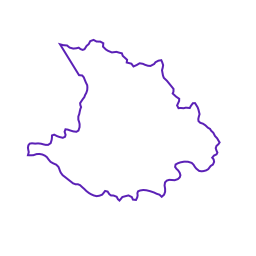 Umburatiba, Minas Gerais, Brazil (Natural Earth projection), rotated 290°
{"feature_id": "56859067B62099334151319", "entity_name": "Umburatiba", "entity_type": "district", "adm_level": 2, "iso_a3": "BRA", "parent_name": "Brazil", "parent_adm1": "Minas Gerais", "projection": "natural_earth1", "projection_center": [-40.673, -17.273], "detail": "fine", "context": "isolated", "style": "outline", "palette": "violet", "viewbox_px": 256, "rotation_deg": 290, "n_neighbors": 0, "source": "geoboundaries", "source_scale": "gbopen_adm2", "svg_char_len": 2804}
<svg xmlns="http://www.w3.org/2000/svg" viewBox="0 0 256 256"><g transform="rotate(290 128 128)"><path d="M183.4,35.5L160.9,63.9L161.7,67.0L160.5,69.1L158.7,70.7L156.4,72.8L154.3,75.0L152.4,75.9L149.7,76.7L146.7,76.8L144.3,76.4L142.0,76.4L139.9,75.7L137.5,75.1L135.0,74.5L133.2,75.4L131.6,76.8L129.7,76.7L127.1,77.0L124.6,77.4L121.8,77.4L118.8,78.5L117.1,79.9L115.1,81.2L112.2,82.2L108.6,82.3L106.8,80.8L106.1,77.7L105.9,74.3L105.9,72.0L105.4,69.7L102.8,69.7L100.2,71.7L98.2,71.8L96.5,70.1L96.1,66.6L96.1,64.0L96.5,60.9L95.0,59.1L93.0,59.8L90.9,60.3L87.3,60.5L84.8,58.7L84.0,56.5L83.7,54.2L83.5,51.7L82.8,48.8L81.6,46.2L80.8,43.0L79.7,41.0L77.7,40.3L75.3,40.7L73.1,41.9L71.4,43.0L68.2,43.3L69.1,46.0L70.1,48.4L72.2,51.0L73.3,53.6L73.8,56.5L73.6,59.3L72.9,61.7L71.2,64.2L69.7,66.8L69.2,69.8L69.0,73.1L67.7,75.9L66.2,77.3L64.7,78.5L63.1,80.0L61.3,82.7L60.1,86.5L59.0,89.8L58.1,92.6L57.2,95.3L57.2,98.1L58.0,100.2L57.9,102.5L56.8,105.1L55.8,107.7L54.5,110.5L53.5,113.7L53.1,116.0L52.9,118.9L53.2,121.8L54.6,124.3L56.5,126.5L58.7,127.3L61.0,128.0L61.3,130.6L59.4,133.1L58.8,135.1L59.6,137.5L59.5,140.9L57.7,142.8L56.9,144.8L59.4,145.7L61.2,146.3L62.9,148.7L64.8,151.5L64.4,155.2L62.4,157.1L63.1,160.1L66.0,160.4L68.0,160.1L70.0,159.1L71.9,159.1L73.4,160.7L75.0,163.6L75.8,166.7L76.2,170.5L76.3,174.6L76.0,177.3L76.1,180.4L74.9,183.2L77.7,184.7L80.7,184.7L83.5,183.7L86.5,182.0L89.6,181.4L91.9,182.5L93.4,184.5L94.1,186.9L94.9,189.7L97.0,192.3L99.3,193.5L101.6,193.4L103.7,191.8L105.3,189.6L106.2,187.5L107.5,185.6L110.0,185.2L112.1,187.1L113.7,189.1L115.6,192.3L116.8,195.9L117.0,199.8L115.9,202.2L114.5,203.9L113.2,206.0L112.0,209.5L112.5,212.0L113.4,213.8L114.9,215.9L116.8,217.5L118.8,218.1L120.7,218.7L122.7,220.3L125.6,220.5L127.8,219.2L128.9,217.3L131.5,218.2L133.5,220.2L135.5,220.4L137.1,218.8L139.1,217.3L141.5,217.3L143.7,218.5L145.8,219.0L147.1,217.3L148.8,215.3L150.2,212.5L152.7,209.8L153.9,207.0L155.2,205.4L155.6,203.0L157.0,199.8L157.7,196.9L157.6,194.1L158.6,191.9L160.4,191.0L162.5,190.7L165.5,190.5L169.4,187.9L171.2,186.4L174.3,182.5L173.5,180.5L170.2,179.5L167.9,179.2L166.9,175.4L165.6,173.5L164.8,170.5L163.9,168.7L166.0,166.4L170.9,166.8L173.0,166.1L173.9,162.5L175.7,158.2L177.6,158.3L180.3,157.4L185.7,148.4L187.4,144.5L189.3,142.9L193.9,140.2L196.4,140.0L199.1,139.5L201.4,137.7L203.1,136.1L201.7,133.6L199.2,131.3L197.1,130.7L194.0,127.9L193.3,125.4L193.2,122.3L193.4,120.0L192.8,116.8L190.1,114.6L187.7,112.1L189.6,109.2L189.1,104.4L191.8,103.8L194.0,98.4L196.1,96.7L195.8,94.3L195.6,91.1L193.5,87.0L193.7,82.7L194.2,80.4L195.9,76.7L199.2,75.8L199.7,72.4L198.5,68.9L199.0,65.5L196.7,62.8L193.4,62.4L191.0,61.0L187.2,60.2L185.9,58.7L185.9,56.5L186.6,54.2L185.2,52.1L183.9,49.4L183.6,45.6L184.7,42.5L183.7,38.8L183.4,35.5Z" fill="none" stroke="#5b21b6" stroke-width="2"/></g></svg>